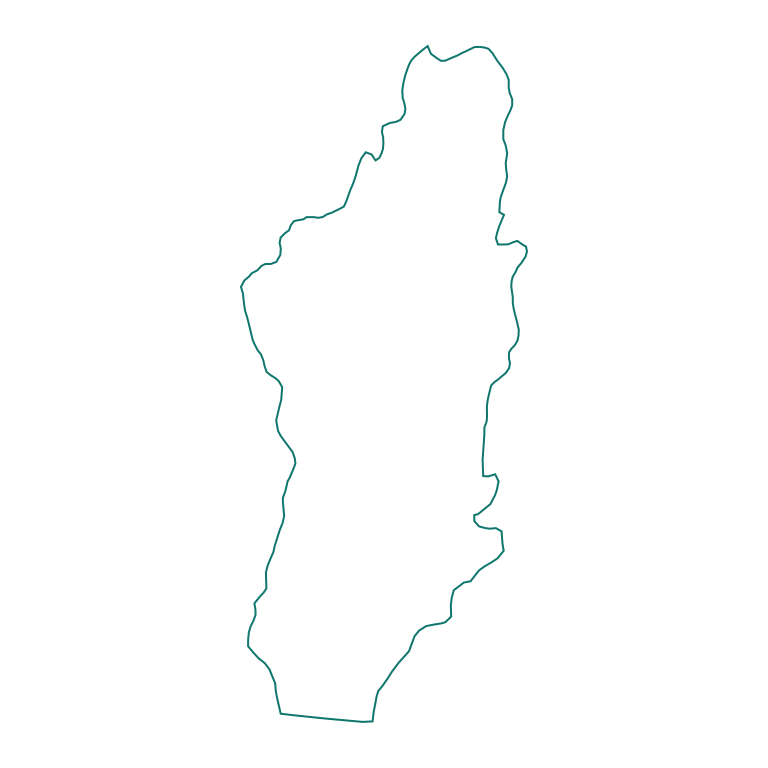 Concórdia do Pará, Pará, Brazil (Natural Earth projection)
{"feature_id": "56859067B40918846221994", "entity_name": "Concórdia do Pará", "entity_type": "district", "adm_level": 2, "iso_a3": "BRA", "parent_name": "Brazil", "parent_adm1": "Pará", "projection": "natural_earth1", "projection_center": [-47.969, -1.877], "detail": "fine", "context": "isolated", "style": "outline", "palette": "teal", "viewbox_px": 768, "rotation_deg": 0, "n_neighbors": 0, "source": "geoboundaries", "source_scale": "gbopen_adm2", "svg_char_len": 3132}
<svg xmlns="http://www.w3.org/2000/svg" viewBox="0 0 768 768"><path d="M280.7,713.7L293.2,715.2L326.0,718.6L362.7,721.9L372.6,721.4L373.6,712.3L375.1,704.8L376.6,696.4L378.3,690.9L382.4,686.0L385.2,682.0L387.8,678.3L392.0,671.6L398.7,662.7L409.0,651.2L412.2,642.6L414.6,636.1L419.3,630.4L426.2,626.1L433.2,624.7L441.3,623.4L445.4,622.2L451.2,616.5L450.8,605.6L451.7,597.9L453.8,590.2L463.9,582.5L470.5,581.3L476.3,573.8L479.1,570.3L484.9,566.2L490.9,562.7L497.5,558.4L503.7,550.7L502.5,543.8L501.6,531.4L495.9,528.1L489.8,528.7L485.3,528.1L479.1,526.4L474.4,521.2L474.2,515.2L478.1,514.1L484.8,508.6L490.4,504.1L495.2,494.9L496.9,489.7L498.6,481.3L495.2,474.3L488.1,476.4L483.2,476.1L482.6,459.7L483.4,448.5L484.3,435.4L484.4,427.5L486.6,421.7L487.0,417.0L486.9,406.1L487.7,400.1L488.8,395.0L491.1,385.5L494.3,382.2L497.7,379.8L501.8,376.3L505.7,373.1L509.1,368.2L510.0,363.2L508.9,358.2L509.1,352.2L511.5,348.6L514.9,345.1L517.5,340.6L518.5,335.6L518.8,329.7L517.5,324.0L513.8,309.3L512.8,303.4L512.8,297.4L511.3,286.8L511.5,282.1L512.6,277.0L515.5,272.1L517.3,267.9L521.4,262.9L525.5,256.7L527.0,251.5L526.0,246.6L522.2,244.4L517.4,240.9L513.0,242.3L508.0,244.4L498.0,244.5L495.9,238.2L497.1,232.9L499.3,226.0L504.0,214.8L499.3,212.1L499.9,202.4L500.6,197.7L502.1,193.2L505.9,182.8L507.2,176.4L506.3,170.4L505.7,163.2L507.2,153.3L505.7,145.4L503.3,139.2L503.3,130.2L505.1,122.1L507.8,115.6L510.4,110.4L512.2,105.4L512.2,99.2L509.7,93.0L508.7,87.6L508.7,79.8L506.6,74.4L502.9,68.2L497.1,60.5L492.5,53.2L488.5,48.8L484.3,47.5L479.5,46.9L474.4,47.1L465.8,51.3L462.0,53.0L457.4,55.5L451.3,58.0L445.2,60.7L440.9,60.8L436.6,58.0L430.9,53.8L427.7,46.1L424.0,48.8L419.7,52.4L414.6,56.7L411.3,60.5L409.2,64.3L407.2,69.5L405.1,75.9L403.5,82.6L402.3,90.1L402.7,98.0L404.5,103.9L405.4,109.1L404.5,114.0L400.5,119.8L396.1,121.8L389.8,123.0L382.8,126.2L381.9,132.1L383.1,136.9L383.4,143.0L383.0,148.7L381.5,153.5L379.2,158.0L375.5,160.4L371.5,154.4L365.7,152.3L361.4,158.2L358.6,165.2L355.4,176.9L353.0,183.8L350.0,190.8L346.4,201.1L343.8,206.7L339.1,209.1L331.6,212.8L327.0,214.3L322.8,217.0L318.3,217.8L313.6,217.1L306.7,217.1L303.3,219.3L299.2,220.0L294.0,221.1L290.7,225.4L289.1,230.2L285.1,233.1L280.6,237.6L279.6,242.9L280.8,248.5L280.3,255.0L276.3,261.9L271.1,263.9L265.3,264.0L261.5,265.9L257.2,270.4L251.8,273.2L249.1,276.5L244.3,280.5L241.0,286.8L243.0,293.8L243.6,300.1L244.3,305.6L245.1,310.8L247.1,317.1L248.6,322.8L250.7,331.8L252.7,339.9L254.6,344.3L257.8,350.5L261.0,354.3L263.4,360.7L264.7,366.5L266.6,371.9L270.5,375.1L275.4,378.1L278.8,381.2L282.2,387.2L281.2,399.9L279.5,406.3L276.2,420.3L278.0,430.8L280.6,435.7L283.3,439.5L292.6,452.0L294.9,458.7L295.4,463.6L293.8,467.9L289.8,477.5L287.6,481.3L285.5,490.7L282.9,497.8L282.9,502.6L284.2,515.8L282.5,523.3L279.9,529.6L277.8,536.1L274.7,546.1L273.3,552.3L270.6,558.4L267.9,564.9L265.9,572.3L266.4,588.5L263.4,592.9L259.9,596.6L254.4,603.4L255.5,610.1L255.5,615.2L253.3,621.0L250.5,626.7L248.8,632.6L248.1,640.5L248.1,646.3L253.7,653.0L258.7,658.4L264.9,663.3L269.4,669.3L275.2,683.4L275.8,690.9L276.9,697.1L280.7,713.7Z" fill="none" stroke="#0f766e" stroke-width="2"/></svg>